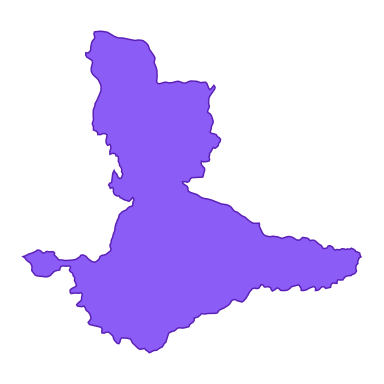 Buenópolis, Minas Gerais, Brazil, rotated 90°
{"feature_id": "56859067B56539099498918", "entity_name": "Buenópolis", "entity_type": "district", "adm_level": 2, "iso_a3": "BRA", "parent_name": "Brazil", "parent_adm1": "Minas Gerais", "projection": "robinson", "projection_center": [-44.044, -17.849], "detail": "fine", "context": "isolated", "style": "filled", "palette": "violet", "viewbox_px": 384, "rotation_deg": 90, "n_neighbors": 0, "source": "geoboundaries", "source_scale": "gbopen_adm2", "svg_char_len": 6017}
<svg xmlns="http://www.w3.org/2000/svg" viewBox="0 0 384 384"><g transform="rotate(90 192 192)"><path d="M256.6,361.0L257.8,359.2L259.6,357.9L261.6,355.8L262.8,353.8L264.9,352.6L266.7,352.0L270.7,352.2L275.0,348.9L275.8,347.3L276.9,337.8L276.4,335.6L275.6,333.8L271.6,330.0L270.8,328.3L269.9,324.2L268.2,324.0L266.5,323.0L265.9,321.4L266.2,317.2L265.8,314.9L267.0,313.4L270.3,314.6L271.8,313.5L272.7,312.0L273.9,311.1L275.7,310.9L277.5,309.3L280.8,309.5L282.3,308.6L285.5,307.5L286.9,308.9L288.6,312.4L290.0,313.9L292.3,313.8L293.6,313.0L292.9,308.3L293.3,305.8L292.7,302.7L294.6,301.7L297.5,302.4L299.7,302.5L301.1,303.5L302.2,305.1L304.7,307.4L306.1,306.5L306.7,302.1L306.0,300.0L308.0,298.7L310.5,297.7L312.1,295.5L314.3,294.1L316.8,293.1L318.9,293.1L322.5,295.9L324.5,294.5L327.1,283.6L328.2,282.3L329.7,281.8L331.2,282.3L333.0,282.0L333.1,279.7L332.1,277.3L332.2,275.3L334.4,272.7L336.3,271.0L338.9,270.3L340.6,269.3L343.3,266.8L343.7,265.2L342.4,264.2L339.1,263.4L337.9,262.4L338.1,257.6L338.5,255.4L339.2,253.4L342.9,251.5L348.5,245.7L349.3,243.9L348.5,239.4L350.3,237.9L351.3,236.1L352.7,234.8L352.0,232.9L351.1,231.5L350.4,229.5L350.3,227.5L348.1,224.2L346.8,221.6L343.4,219.6L342.3,218.2L333.3,215.4L332.3,213.8L331.3,211.6L330.9,209.6L328.0,206.2L327.8,203.6L328.1,201.7L327.9,200.0L326.7,195.1L324.8,194.4L323.4,193.0L322.3,191.1L320.2,189.7L318.2,190.0L317.0,186.1L315.5,184.2L313.7,182.6L314.0,178.7L313.5,176.3L313.3,168.4L312.8,166.5L311.3,165.7L309.9,164.4L308.0,160.1L305.6,156.2L304.1,154.5L300.2,151.9L299.4,149.0L300.6,147.1L302.0,142.2L301.2,140.7L298.6,138.3L295.0,136.0L291.7,134.3L290.4,133.0L288.9,132.0L288.1,129.8L288.6,127.1L288.1,125.1L284.6,122.8L285.1,121.0L287.0,119.6L286.7,115.2L287.9,113.3L289.9,112.7L291.0,111.5L289.3,108.5L287.9,107.0L288.7,104.9L290.3,103.5L290.6,101.4L290.4,97.9L289.9,96.2L288.6,94.2L286.8,92.7L284.8,85.3L288.2,82.9L290.3,82.8L290.6,80.9L289.8,77.5L288.1,74.6L286.5,70.5L287.3,69.1L288.7,68.2L290.5,68.6L290.4,66.8L289.7,65.1L286.8,62.2L286.8,60.0L288.4,58.3L287.3,53.4L285.7,53.3L284.2,52.6L282.8,50.7L283.3,49.1L283.3,47.0L281.3,46.9L279.8,46.1L280.0,43.5L279.9,41.1L278.0,39.9L276.3,38.1L275.7,35.6L275.6,33.1L274.5,31.7L273.8,29.7L272.7,28.5L271.0,27.5L268.7,28.2L266.5,28.1L264.7,27.3L263.5,26.1L261.4,26.3L257.7,24.7L256.9,23.0L255.2,23.9L253.1,24.3L252.0,26.5L251.6,28.2L250.3,28.9L249.2,30.5L248.2,32.7L249.3,34.3L248.9,36.5L249.5,38.4L248.9,40.0L248.7,41.9L249.8,44.2L249.5,47.2L250.2,48.8L249.2,50.1L247.8,50.9L246.7,52.0L245.6,54.2L246.0,55.8L247.8,56.8L248.5,58.9L248.5,60.6L247.3,61.7L245.5,62.7L244.0,65.3L241.1,68.5L240.2,70.2L240.2,72.2L240.7,73.8L239.2,75.1L238.1,76.8L237.4,81.3L240.1,84.3L240.0,87.2L237.3,91.5L236.5,94.3L236.7,96.8L238.4,102.0L236.7,107.0L236.6,108.9L236.2,110.9L236.7,113.7L236.4,116.2L235.9,117.9L235.0,119.9L233.0,121.5L226.3,124.7L224.8,124.5L223.2,124.7L223.3,130.0L222.7,132.0L220.5,135.3L217.1,139.1L215.7,142.3L212.4,146.4L211.0,149.9L207.0,153.0L205.6,155.0L204.7,157.5L204.0,162.5L199.9,172.8L198.8,177.2L198.4,180.3L197.0,183.6L194.6,186.8L192.5,193.4L191.2,195.7L189.5,196.1L187.9,196.1L186.4,196.8L183.6,200.9L182.0,201.5L181.6,199.9L182.2,196.5L181.2,194.7L179.1,193.9L177.7,192.3L177.1,181.3L175.5,180.6L174.0,180.5L170.1,179.3L168.1,179.6L165.5,182.1L163.4,182.9L161.2,182.5L161.9,180.2L161.4,176.5L160.9,174.9L159.5,174.4L157.1,175.0L155.3,174.4L153.7,174.6L151.8,173.1L147.5,170.9L148.3,169.0L147.1,167.2L145.4,165.6L143.5,165.5L141.9,164.0L139.4,163.4L137.6,164.8L136.7,166.6L134.8,167.6L133.8,170.0L133.3,172.7L132.2,174.0L130.0,173.1L126.1,172.4L122.7,170.9L120.9,170.9L116.2,172.4L114.1,173.6L112.2,176.4L110.1,176.1L108.0,175.1L106.1,174.6L104.7,175.1L102.5,175.4L98.7,175.2L96.3,174.3L89.0,169.3L87.1,168.9L85.4,170.1L88.7,172.9L89.6,174.2L88.0,175.4L83.8,176.9L82.2,178.4L82.3,180.8L82.7,183.1L81.3,187.3L81.2,189.2L81.0,193.6L83.0,198.6L83.1,200.5L81.4,205.1L81.3,206.7L82.7,212.1L82.9,214.8L82.1,218.7L83.8,224.7L83.2,226.6L81.7,227.4L76.7,226.9L70.4,227.1L67.1,228.0L62.6,229.9L58.4,229.0L56.8,229.5L55.0,230.6L49.4,234.5L45.4,235.8L43.1,237.6L40.8,240.7L40.3,242.3L40.0,245.8L40.5,249.0L38.0,261.4L37.9,265.8L36.6,269.3L32.2,276.7L31.3,282.2L31.3,284.8L31.9,289.5L33.7,290.1L37.2,289.2L39.0,289.8L40.6,291.3L42.6,292.3L47.0,293.2L49.1,293.2L51.0,293.8L52.9,295.8L52.8,298.2L55.1,298.3L57.0,297.3L60.4,292.0L62.3,291.4L68.2,292.8L71.5,292.7L74.0,291.4L75.7,289.9L78.8,286.5L80.6,285.2L84.8,283.3L86.5,282.9L90.3,283.0L92.0,283.5L99.4,286.6L103.9,289.0L105.5,289.0L109.9,290.7L116.5,290.8L118.5,290.5L120.6,290.7L123.2,291.7L125.0,291.4L126.5,290.6L130.0,290.6L131.1,287.8L132.6,286.3L134.6,286.2L134.6,283.3L133.6,281.2L133.6,279.0L134.7,277.0L136.5,277.1L139.8,277.9L142.0,278.0L144.1,277.3L145.3,276.3L144.4,274.0L146.5,273.1L148.3,273.2L151.5,274.2L154.3,274.0L153.3,271.6L153.7,268.6L156.0,267.9L156.0,266.2L158.0,265.5L161.5,265.7L163.2,264.6L165.5,264.5L167.5,262.9L169.7,262.2L171.6,262.5L173.9,261.2L177.8,262.6L178.7,264.1L177.3,265.9L173.7,267.4L172.7,268.8L170.5,269.8L173.1,271.2L182.5,272.4L183.3,274.4L185.0,275.4L186.7,274.2L188.4,273.7L187.5,271.6L188.7,270.6L191.1,270.7L193.5,270.1L195.2,268.6L195.9,267.0L195.9,264.8L197.7,263.8L198.2,262.1L199.4,260.8L201.3,254.9L198.8,252.2L197.4,251.5L198.5,250.3L200.6,250.3L202.0,251.0L206.1,251.5L206.5,253.8L207.2,255.1L208.4,256.5L209.9,257.7L211.6,261.5L214.7,264.7L218.5,265.7L220.1,266.7L222.2,267.2L223.8,268.1L226.7,268.8L230.8,269.3L233.9,270.6L237.0,271.3L240.5,272.8L242.6,272.7L244.5,273.9L246.7,273.9L248.7,273.0L250.6,273.3L254.6,278.3L255.6,282.7L256.7,284.0L258.9,284.8L260.8,286.7L262.2,289.0L261.7,291.6L260.5,293.6L259.0,295.6L256.5,297.9L255.5,299.5L254.9,301.3L255.3,303.3L256.8,304.1L259.6,308.7L260.3,313.9L260.5,319.5L260.0,321.5L259.9,325.1L256.5,328.1L255.1,329.7L253.1,329.4L251.9,330.4L251.6,332.2L251.9,334.7L251.4,337.5L253.0,339.5L252.8,341.6L251.4,342.6L250.3,344.4L250.1,346.8L251.5,348.5L253.4,352.9L254.0,355.2L255.8,358.6L256.6,361.0Z" fill="#8b5cf6" stroke="#5b21b6" stroke-width="1.5"/></g></svg>